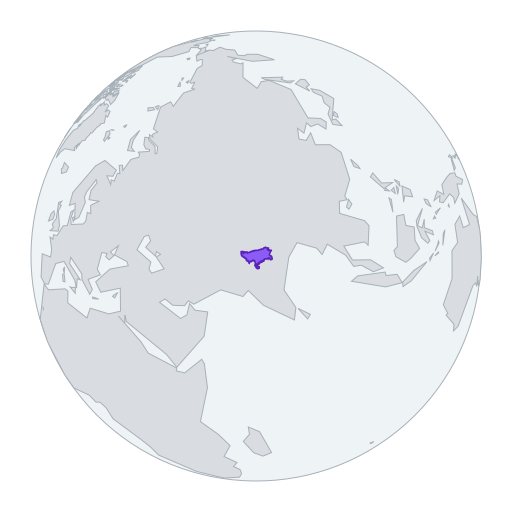 Uttar Pradesh highlighted on a globe, orthographic projection, rotated 321°
{"feature_id": "IND-3253", "entity_name": "Uttar Pradesh", "entity_type": "State", "adm_level": 1, "iso_a3": "IND", "parent_name": "India", "parent_adm1": "", "projection": "orthographic", "projection_center": [80.221, 27.157], "detail": "fine", "context": "on_globe", "style": "filled", "palette": "violet", "viewbox_px": 512, "rotation_deg": 321, "n_neighbors": 0, "source": "natural_earth", "source_scale": "10m", "svg_char_len": 15578}
<svg xmlns="http://www.w3.org/2000/svg" viewBox="0 0 512 512"><g transform="rotate(321 256 256)"><circle cx="256" cy="256" r="225" fill="#eef3f6" stroke="#a8b0b8"/><path d="M323.1,41.0L336.6,47.0L346.9,51.4L339.9,49.0L363.6,59.9L374.8,67.7L358.4,57.5L353.8,55.6L359.6,59.8L356.2,58.9L357.0,60.6L352.3,59.3L343.1,54.2L339.9,53.4L344.2,56.5L342.3,57.7L336.5,53.1L332.5,54.9L316.3,48.1L304.5,39.3L291.7,36.8L269.7,31.9L268.0,32.3L258.5,31.5L253.0,31.9L250.5,31.5L248.2,32.2L251.6,32.6L251.7,33.2L248.8,33.6L245.0,32.9L246.0,32.6L243.3,32.7L242.7,32.3L241.4,32.7L237.2,32.3L236.9,33.5L229.9,33.8L228.4,33.4L234.3,32.4L242.1,31.1L258.5,30.7L274.9,31.5L291.2,33.5L307.3,36.6L323.1,41.0ZM215.0,34.5L217.4,34.1L210.4,35.5L201.2,37.6L197.6,38.4L215.0,34.5ZM192.7,39.8L191.7,40.2L181.6,43.4L192.7,39.8ZM355.1,55.2L351.6,53.1L356.2,55.6L355.1,55.2ZM357.9,61.1L360.0,62.1L359.5,62.6L357.9,61.1ZM220.9,33.5L219.1,33.8L220.9,33.5ZM224.5,33.0L225.7,32.8L227.7,32.5L226.8,32.7L224.5,33.0ZM352.0,61.3L350.6,62.1L350.5,60.3L352.0,61.3ZM222.4,33.4L230.9,32.2L234.2,31.8L233.8,32.2L222.4,33.4ZM348.8,62.0L345.5,64.7L349.9,67.0L335.7,62.6L343.2,61.4L342.2,58.7L345.4,61.0L348.8,62.0ZM253.9,32.6L250.2,32.2L256.0,32.2L253.9,32.6ZM257.6,32.5L275.3,32.9L279.3,34.1L272.6,33.5L279.9,35.2L273.2,35.5L267.6,34.7L266.4,33.7L264.7,34.7L257.6,32.5ZM328.4,60.1L326.2,60.3L326.7,59.2L328.4,60.1ZM252.2,33.4L255.4,33.2L259.1,34.2L253.4,34.8L254.0,34.3L252.2,33.4ZM285.2,35.7L286.9,36.8L281.9,37.3L281.9,37.8L273.4,35.7L285.2,35.7ZM251.7,34.3L250.3,35.2L245.9,35.2L249.3,33.8L251.7,34.3ZM262.5,34.2L264.0,34.8L261.3,34.6L262.5,34.2ZM229.4,36.7L233.2,35.9L235.5,36.3L229.4,36.7ZM250.1,35.6L251.7,35.6L253.0,35.7L251.2,36.4L250.1,35.6ZM270.5,36.4L268.0,36.5L273.7,37.2L270.2,38.0L265.1,36.5L265.8,37.4L264.8,37.7L261.8,36.3L270.5,36.4ZM253.4,37.7L245.7,36.7L238.2,37.7L236.0,37.3L248.5,35.9L253.4,37.7ZM258.6,37.0L254.8,37.3L254.0,36.4L256.0,35.7L258.6,37.0ZM269.6,39.1L276.3,38.3L277.2,38.7L269.6,39.1ZM251.3,38.1L253.2,38.4L250.9,38.3L251.3,38.1ZM264.2,38.9L266.4,38.5L267.4,38.9L264.2,38.9ZM255.1,39.5L252.7,39.0L254.0,38.4L255.1,39.5ZM259.4,39.3L260.2,40.0L255.9,38.5L260.3,39.0L259.4,39.3ZM264.7,39.4L266.0,39.5L263.6,39.5L264.7,39.4ZM251.6,42.4L245.9,40.6L248.8,39.0L253.9,41.0L251.6,42.4ZM40.2,191.2L43.2,182.9L48.6,169.3L73.6,144.5L73.5,151.7L87.0,161.4L87.7,165.0L80.2,173.9L85.6,197.8L94.3,192.2L105.1,208.3L116.0,213.6L130.3,195.6L112.5,186.4L115.2,175.2L134.2,174.2L150.6,183.2L152.2,179.2L146.7,166.1L155.5,161.4L145.4,161.2L145.8,166.3L139.5,166.6L138.7,162.0L141.9,160.3L138.3,156.3L124.3,166.4L123.2,172.7L110.8,168.5L107.8,178.9L102.7,181.2L105.9,164.8L109.4,160.2L111.2,140.4L106.4,144.6L104.4,163.9L102.8,161.1L96.3,168.0L100.0,160.5L103.4,139.4L95.6,135.8L76.9,147.2L74.2,144.7L75.8,137.0L91.3,119.7L95.7,127.5L101.3,122.4L107.9,111.6L108.7,115.2L111.9,112.0L114.3,114.9L125.0,111.2L128.6,113.6L139.9,105.2L143.2,105.6L135.6,110.3L132.2,115.2L141.9,122.4L145.8,121.7L152.4,115.9L154.2,119.1L159.4,112.6L168.4,114.6L161.7,107.1L169.2,101.2L178.5,99.1L179.8,96.1L164.6,99.6L159.6,102.4L157.3,106.8L142.8,114.4L137.9,113.7L148.6,101.3L142.8,99.2L153.6,91.4L188.0,85.0L198.7,86.7L201.5,101.4L194.9,104.0L190.6,99.8L188.0,109.1L191.4,105.7L192.9,108.6L200.5,104.5L201.9,106.4L206.7,99.5L209.4,101.4L206.3,105.8L219.7,102.2L227.1,105.5L229.5,103.8L229.9,101.2L238.9,107.6L240.3,106.2L237.8,103.4L238.9,98.9L244.3,93.8L247.1,96.3L245.5,98.4L246.5,107.2L241.9,113.2L243.7,113.8L248.3,109.2L247.1,98.4L249.6,94.7L251.1,99.4L250.7,97.4L252.8,96.4L257.6,97.8L256.3,92.6L275.6,80.2L286.7,82.5L285.9,87.6L302.4,83.7L313.7,88.0L311.4,85.3L317.7,82.4L314.3,81.0L313.7,79.5L328.4,73.2L334.1,74.1L337.9,69.7L336.7,68.5L332.7,67.4L335.7,62.6L349.9,67.0L351.8,69.4L359.4,71.0L362.8,76.6L369.0,82.5L368.3,88.6L373.4,93.3L375.8,93.5L384.4,100.4L393.9,115.2L375.6,102.3L359.3,82.9L365.1,90.3L360.6,88.6L360.7,91.4L365.1,97.1L367.5,97.7L358.3,109.0L362.4,126.5L369.8,123.8L376.8,127.9L388.0,148.7L383.3,181.4L392.7,189.7L394.9,196.1L390.3,201.4L387.0,192.1L380.2,190.0L379.0,184.3L370.6,190.7L368.6,182.9L363.0,192.2L367.8,197.8L376.0,194.6L372.1,206.9L383.5,216.0L387.4,229.1L377.1,255.4L362.7,265.3L362.3,269.6L355.2,265.9L347.8,275.5L362.6,296.8L362.9,303.6L349.9,318.2L349.3,313.4L330.5,303.6L328.4,319.8L342.7,331.1L347.6,345.4L337.3,342.1L332.1,329.5L325.4,325.6L326.2,311.8L318.8,291.7L308.3,296.5L308.1,288.1L296.3,271.4L280.7,277.6L256.4,300.0L254.6,321.1L245.6,329.9L230.8,299.0L228.3,277.9L220.4,279.3L207.3,260.1L177.3,254.3L175.3,248.3L169.2,249.7L160.4,242.0L158.3,232.2L151.9,231.2L158.0,257.0L165.2,258.3L174.4,251.1L174.5,259.8L183.3,269.1L165.2,285.7L124.5,292.6L124.5,276.2L114.0,225.2L116.5,220.8L116.6,220.2L116.8,219.2L111.7,225.9L111.3,216.1L112.6,250.2L111.1,263.6L123.9,293.3L121.7,295.1L127.0,301.9L148.8,302.1L148.1,307.2L135.4,327.8L108.6,349.7L114.5,371.1L116.5,387.1L105.0,391.7L111.2,404.6L106.0,405.4L109.2,411.9L107.9,416.0L104.0,417.5L91.6,408.6L86.7,402.3L74.2,386.0L55.1,349.5L53.8,337.8L51.0,325.6L42.5,292.6L44.0,279.7L42.8,271.5L39.7,268.8L38.8,259.0L37.3,256.2L31.5,244.0L32.5,228.6L39.6,193.4L40.2,191.2ZM58.7,161.0L56.5,164.7L58.7,161.0ZM164.0,203.6L176.5,208.2L177.9,193.9L182.8,194.7L181.4,189.8L177.9,192.9L175.7,179.9L183.6,178.0L185.6,172.3L181.5,170.5L167.4,176.2L170.5,194.5L164.6,198.8L164.0,203.6ZM127.3,93.8L125.7,97.0L121.2,99.6L116.7,98.2L123.2,94.2L127.3,93.8ZM124.5,101.1L136.3,90.2L139.6,91.2L135.7,92.3L136.7,94.1L130.8,96.5L122.3,108.8L117.8,112.1L112.0,106.7L116.4,106.4L117.7,103.0L124.5,101.1ZM160.8,66.0L166.0,62.8L166.3,68.9L161.5,71.3L156.7,69.5L159.6,65.8L160.8,66.0ZM220.1,35.0L222.0,34.5L223.1,34.5L222.3,35.0L220.1,35.0ZM231.0,36.3L212.6,37.9L213.9,37.2L201.6,39.8L200.2,39.1L208.3,37.3L198.0,39.1L204.7,37.2L197.3,38.8L215.4,34.9L221.0,33.8L215.2,35.2L216.3,35.8L218.5,35.7L228.8,34.8L241.5,33.3L244.6,34.2L243.4,35.2L240.8,35.7L239.6,34.9L237.1,36.1L233.4,35.4L231.0,36.3ZM228.0,54.7L227.7,52.2L221.9,57.2L218.2,55.4L217.8,56.1L212.7,55.9L205.9,57.2L205.0,56.1L202.7,57.1L199.3,57.3L195.9,58.4L193.2,57.0L188.7,58.3L190.0,56.9L183.0,59.8L187.0,57.1L183.0,57.4L181.3,59.9L175.0,52.3L169.3,52.2L162.5,53.9L170.1,49.8L181.5,45.9L193.4,43.4L197.7,44.5L200.4,42.8L203.3,43.0L200.0,44.3L206.8,42.4L208.3,43.0L218.9,42.6L227.8,40.3L231.9,40.3L229.2,41.6L235.2,40.8L232.8,43.3L235.7,43.5L236.1,46.5L229.2,49.2L232.9,49.3L233.5,51.9L228.0,54.7ZM251.5,43.2L244.0,46.2L238.2,46.8L239.8,41.5L237.5,40.9L238.3,38.2L246.6,37.5L245.6,38.2L246.6,38.9L243.6,38.8L246.7,39.4L245.4,40.6L247.5,41.5L244.5,42.1L251.5,43.2ZM92.1,163.0L93.3,164.8L96.0,166.5L92.0,171.2L92.1,163.0ZM94.1,148.5L95.7,149.1L91.3,155.9L90.1,154.3L94.1,148.5ZM100.4,144.0L96.2,148.6L97.7,145.1L100.4,144.0ZM137.5,110.7L139.7,111.2L138.4,112.8L135.5,114.3L137.5,110.7ZM210.2,71.5L210.9,69.4L212.4,69.2L218.0,65.2L221.2,66.6L219.1,69.5L210.2,71.5ZM125.1,197.5L119.8,199.7L119.1,197.1L121.1,196.8L125.1,197.5ZM103.4,185.1L106.6,190.5L102.3,186.3L103.4,185.1ZM214.6,72.3L216.5,70.4L216.9,72.3L214.6,72.3ZM223.9,67.4L225.0,69.3L222.3,66.3L223.9,67.4ZM226.9,473.1L230.9,474.4L227.1,474.1L226.9,473.1ZM148.2,394.8L144.4,418.6L135.5,415.9L130.4,407.4L129.5,392.1L138.8,390.4L142.4,384.0L148.2,394.8ZM395.0,368.4L400.3,367.6L400.0,368.6L395.0,368.4ZM389.7,366.9L395.9,365.4L388.4,369.1L389.7,366.9ZM398.2,364.9L404.5,361.3L407.2,359.1L406.6,361.0L398.2,364.9ZM385.4,368.0L361.0,373.0L351.0,372.3L353.6,368.6L369.7,366.6L385.4,368.0ZM352.8,368.7L337.3,361.6L314.3,335.7L322.6,335.5L346.3,349.8L344.8,353.0L354.2,359.1L352.8,368.7ZM389.4,344.0L387.9,353.1L374.7,355.3L368.5,355.2L364.3,344.7L366.7,338.5L371.8,337.7L390.3,313.4L397.0,316.7L391.7,326.6L397.1,333.0L389.4,344.0ZM255.7,323.1L261.5,335.5L256.5,337.4L255.7,323.1ZM396.8,297.3L390.0,308.1L395.9,294.5L396.8,297.3ZM399.6,285.0L400.6,289.4L397.1,285.8L399.6,285.0ZM363.1,276.1L357.7,278.1L357.1,274.9L363.6,270.3L363.1,276.1ZM390.4,240.2L392.1,249.9L391.8,253.5L388.4,248.2L390.4,240.2ZM244.8,85.2L233.4,88.9L227.4,93.2L227.3,98.1L222.5,93.2L231.9,86.4L244.8,85.2ZM271.5,80.3L271.5,76.7L274.7,77.6L275.2,78.6L271.5,80.3ZM269.2,78.5L263.2,75.3L265.3,72.9L269.6,75.9L269.2,78.5ZM238.5,72.8L234.9,73.6L234.7,72.0L238.5,72.8ZM416.2,414.3L416.9,413.7L413.0,417.5L410.3,419.4L413.6,414.2L409.6,417.9L415.7,411.1L408.8,418.1L409.6,414.9L405.5,415.8L369.0,437.7L362.4,438.5L366.9,433.6L366.5,421.6L369.0,421.2L370.9,411.8L394.1,397.0L411.7,375.2L421.2,372.4L430.5,356.6L439.4,353.1L434.9,364.4L441.8,366.0L452.0,340.1L450.9,360.4L452.3,364.1L446.4,376.4L441.7,383.5L429.7,399.5L416.2,414.3ZM474.8,308.6L475.3,306.7L475.2,307.4L474.8,308.6ZM407.9,365.3L415.6,356.4L419.3,354.5L407.9,365.3ZM475.0,306.9L474.3,308.2L474.6,306.7L475.0,306.9ZM475.5,303.7L475.8,302.0L475.5,305.4L475.5,303.7ZM474.7,302.5L475.2,303.9L474.5,303.1L474.7,302.5ZM474.0,304.0L473.3,303.8L473.4,303.2L474.0,304.0ZM461.6,319.8L464.7,326.6L461.2,329.7L457.6,326.5L453.0,335.5L443.7,340.1L446.4,334.9L445.6,329.5L434.9,332.4L432.7,329.4L436.9,324.9L429.3,325.0L437.7,319.5L440.8,326.3L445.3,317.6L452.4,315.2L458.6,313.9L462.9,316.5L461.6,319.8ZM437.0,337.7L438.3,337.1L436.9,340.1L437.0,337.7ZM472.0,301.7L473.0,303.9L472.7,305.1L472.1,305.3L472.0,301.7ZM464.0,314.2L468.8,303.4L469.8,302.6L466.4,313.0L464.0,314.2ZM468.0,300.0L469.9,299.0L470.7,301.8L470.2,303.3L468.0,300.0ZM419.9,337.3L419.5,339.7L417.2,338.7L419.9,337.3ZM423.0,334.8L429.7,334.6L422.3,337.0L423.0,334.8ZM400.7,334.0L402.9,338.8L410.0,333.2L404.6,339.9L409.0,347.4L407.2,351.2L402.9,343.0L400.8,353.5L397.6,354.2L396.2,346.1L399.6,334.7L402.8,329.4L415.3,323.7L400.7,334.0ZM423.1,328.1L421.2,322.3L422.5,317.5L424.6,320.2L423.1,328.1ZM415.0,308.6L409.3,302.7L404.7,307.1L413.5,293.4L417.6,301.4L415.0,308.6ZM409.3,293.3L405.0,297.3L409.1,289.7L409.3,293.3ZM403.6,295.1L402.5,289.9L406.2,289.5L403.6,295.1ZM411.7,292.8L411.5,283.5L413.9,288.3L411.7,292.8ZM399.5,278.3L408.4,284.9L397.8,284.0L394.7,266.5L399.0,264.9L399.5,278.3ZM407.0,200.0L404.5,195.4L407.6,193.0L408.5,196.8L407.0,200.0ZM415.6,182.6L407.6,190.9L400.9,198.2L404.2,199.7L404.9,208.8L398.5,202.1L401.4,190.9L407.0,187.0L405.4,179.7L408.0,173.4L403.7,165.1L404.1,160.7L409.7,167.2L415.6,182.6ZM401.6,161.8L395.0,147.0L402.0,146.7L405.1,149.9L405.1,156.6L401.4,156.3L401.6,161.8ZM395.4,143.5L391.7,143.2L374.3,124.6L372.3,120.8L389.4,133.9L386.8,134.5L389.9,139.4L395.4,143.5ZM328.2,61.4L326.4,60.4L328.9,60.9L328.2,61.4ZM311.6,78.8L311.2,76.9L314.2,77.4L311.6,78.8ZM311.7,72.2L308.6,73.0L310.7,71.1L311.7,72.2ZM302.0,75.0L306.8,72.8L303.9,76.5L302.0,75.0Z" fill="#d9dde1" stroke="#a8b0b8" stroke-width="1"/><path d="M264.5,253.8L264.7,254.0L264.7,254.5L264.8,254.6L265.3,254.6L265.7,254.8L266.2,254.8L266.5,254.9L266.6,255.1L266.8,255.1L267.0,255.0L266.9,254.7L267.0,254.6L267.7,254.7L268.7,255.1L268.8,255.1L268.8,255.3L269.0,255.5L269.0,255.8L269.3,256.2L269.3,256.4L269.5,256.7L269.8,256.9L270.0,256.8L270.1,257.0L270.1,257.3L270.3,257.4L270.7,257.7L270.6,257.8L269.6,257.8L269.5,258.1L269.2,258.2L269.2,258.3L269.1,258.2L269.0,258.5L269.3,258.5L269.6,258.7L270.0,258.8L269.9,259.0L270.0,259.2L269.3,259.4L269.3,259.5L269.6,259.9L269.9,260.1L270.0,260.2L270.1,260.3L270.1,260.5L270.3,260.6L270.7,260.5L271.0,260.8L271.5,261.1L271.5,261.3L271.2,261.5L270.9,261.4L270.7,261.2L270.5,261.3L270.5,261.6L270.4,261.7L270.2,261.7L270.1,261.4L269.9,261.4L269.0,262.3L267.2,263.4L267.1,263.6L267.0,264.0L267.2,264.3L267.2,264.8L267.5,265.2L267.8,265.3L267.8,265.5L267.7,265.6L267.8,265.8L267.8,266.2L267.5,266.2L267.4,266.3L267.4,266.5L267.6,266.9L267.1,267.9L266.9,268.1L266.9,268.3L266.8,268.5L266.4,268.6L265.8,268.6L265.4,268.3L265.0,268.1L265.0,267.9L264.8,267.6L265.0,267.5L265.1,267.0L265.1,266.7L265.0,266.1L265.3,266.0L265.1,265.7L264.9,265.6L264.5,265.6L263.9,265.5L263.8,265.8L263.5,265.9L263.5,265.6L263.3,265.5L263.3,265.2L263.2,265.4L263.1,265.0L262.8,265.2L262.5,265.0L262.2,264.9L261.9,264.7L261.8,264.3L261.7,264.3L261.4,264.3L261.3,264.2L260.8,264.1L260.7,263.7L260.3,263.8L260.4,264.0L260.1,264.0L260.1,263.8L259.6,263.8L259.6,264.1L259.4,264.4L259.4,264.6L259.2,264.7L259.1,264.8L258.8,264.6L258.6,264.7L258.4,264.5L258.1,264.6L257.9,264.5L258.1,264.1L258.3,263.7L258.2,263.6L258.0,263.8L257.6,263.9L257.8,264.1L257.5,264.2L257.2,263.9L257.2,264.1L256.8,264.0L257.0,264.3L256.9,264.4L256.7,264.2L256.7,264.4L256.3,264.4L256.2,264.3L256.2,264.1L256.3,264.1L256.7,263.7L256.4,263.3L256.3,263.0L256.2,262.8L255.9,262.8L255.7,263.1L254.9,263.5L254.6,263.5L254.7,263.8L254.5,264.0L254.4,263.9L254.0,263.9L253.6,263.8L253.4,264.1L253.2,263.9L253.0,264.2L252.9,264.2L252.9,263.9L253.2,263.3L252.9,263.4L252.8,263.5L252.7,263.4L252.8,263.1L252.6,263.2L252.6,263.3L252.7,263.7L252.7,263.8L252.3,263.7L252.1,263.9L252.0,263.7L251.7,263.8L251.7,263.6L251.8,263.4L251.7,263.3L251.6,263.6L251.4,263.6L251.3,263.8L251.2,263.7L251.4,263.3L251.5,262.8L251.5,262.7L251.3,262.7L251.3,262.3L251.2,262.5L251.1,262.8L250.9,262.4L250.7,262.5L250.8,262.8L250.7,263.1L250.4,262.8L250.2,262.8L250.2,263.0L249.9,263.4L250.1,263.6L250.3,264.0L250.4,264.7L250.7,265.0L250.7,265.5L250.6,265.8L251.0,265.8L251.4,266.3L251.3,266.5L251.6,266.5L251.3,267.0L251.1,267.3L250.9,267.5L250.8,267.4L250.7,267.3L250.4,267.2L249.8,266.7L249.7,266.8L249.6,267.1L249.4,267.2L249.2,267.0L249.3,266.8L249.0,266.6L248.9,266.3L249.0,265.9L248.9,265.2L248.7,264.9L249.2,264.4L249.3,264.2L249.4,263.7L249.0,262.9L249.3,262.6L249.4,262.3L249.8,262.2L250.1,262.2L250.8,261.9L250.7,261.4L251.0,261.1L251.5,260.1L251.4,260.0L251.4,259.8L251.5,259.7L251.8,259.4L251.9,259.2L251.9,258.8L251.6,258.2L251.5,257.7L251.2,257.8L251.0,257.5L250.9,257.5L250.8,257.4L250.7,257.5L250.7,257.4L250.2,257.5L249.8,257.4L249.7,257.3L249.6,257.2L249.4,257.1L249.2,257.1L249.1,257.3L248.9,257.3L248.8,257.1L249.1,256.9L248.8,256.8L248.6,256.8L248.4,256.9L248.3,257.1L248.1,256.9L247.8,256.9L247.7,256.9L247.2,256.8L247.0,257.0L246.5,257.2L246.4,257.2L246.2,257.4L246.1,257.1L247.2,256.6L247.2,256.4L247.1,256.5L247.0,256.3L246.9,256.4L246.7,256.4L246.5,256.2L246.8,256.0L246.8,255.9L247.0,255.7L246.9,255.4L246.9,255.2L246.7,255.2L246.3,254.9L246.2,254.7L246.0,254.3L246.0,254.1L245.9,254.1L245.9,253.9L245.8,253.7L245.8,253.3L246.3,253.0L246.7,252.8L246.6,252.5L246.5,252.4L246.5,252.1L246.7,251.9L246.7,251.6L246.5,251.4L246.6,251.0L246.5,250.9L246.3,250.9L246.3,250.7L246.2,250.8L246.2,250.7L245.9,250.3L246.1,250.1L246.0,249.8L245.7,249.5L245.6,249.3L245.7,249.2L245.5,248.8L245.6,248.6L245.4,248.2L245.4,247.5L245.5,247.4L245.4,247.2L245.5,247.0L245.2,246.9L245.4,246.7L245.2,246.6L245.2,246.4L245.3,246.3L245.3,246.0L245.4,245.9L245.5,245.8L245.5,245.6L245.8,244.8L246.0,244.6L246.4,244.3L246.5,244.1L247.0,243.6L247.1,243.2L247.3,243.2L247.6,243.5L248.3,243.9L247.9,244.2L247.6,244.8L247.6,245.3L247.7,245.8L247.8,246.1L248.3,245.8L248.8,246.1L249.1,245.9L249.0,245.1L249.4,245.2L249.7,245.7L250.1,245.9L250.4,246.4L250.6,246.6L251.2,246.9L251.5,247.1L251.3,247.4L251.2,247.4L251.1,247.5L250.9,247.5L251.4,247.9L251.5,248.0L251.5,248.3L252.0,248.1L252.3,248.3L252.4,248.5L252.8,248.9L253.1,248.9L253.2,249.1L253.3,249.3L253.6,249.2L253.9,249.3L254.0,249.3L254.4,249.2L254.6,249.2L254.7,249.3L254.7,249.5L254.9,249.5L255.0,249.6L255.1,249.8L255.3,249.7L255.5,249.5L255.8,249.7L256.0,249.8L256.2,250.0L256.4,250.2L256.6,250.2L256.9,250.5L256.9,250.1L257.0,250.0L257.4,250.2L257.6,250.4L257.7,250.5L257.9,250.7L258.3,250.7L258.4,250.9L258.6,251.0L259.3,251.3L259.5,251.7L259.7,252.0L259.9,252.1L260.1,252.0L260.3,252.4L260.7,252.6L260.8,252.7L261.1,252.8L261.7,253.2L261.8,253.2L262.1,253.0L262.3,253.0L263.4,253.7L263.6,253.9L264.5,253.8Z" fill="#8b5cf6" stroke="#5b21b6" stroke-width="1.5"/></g></svg>